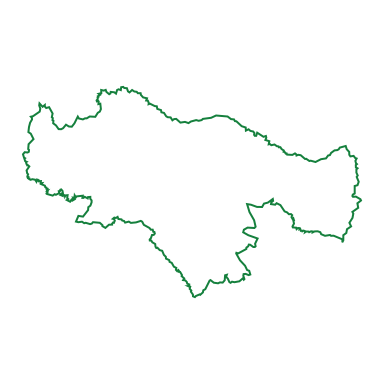 Hot, Chiang Mai, Thailand
{"feature_id": "78962969B71895248722422", "entity_name": "Hot", "entity_type": "district", "adm_level": 2, "iso_a3": "THA", "parent_name": "Thailand", "parent_adm1": "Chiang Mai", "projection": "albers", "projection_center": [98.473, 18.094], "detail": "fine", "context": "isolated", "style": "outline", "palette": "green", "viewbox_px": 384, "rotation_deg": 0, "n_neighbors": 0, "source": "geoboundaries", "source_scale": "gbopen_adm2", "svg_char_len": 5934}
<svg xmlns="http://www.w3.org/2000/svg" viewBox="0 0 384 384"><path d="M345.7,146.0L339.8,147.6L338.7,149.3L337.3,150.1L334.5,150.4L331.1,152.9L329.9,155.1L328.1,155.5L326.0,158.4L321.0,159.2L315.5,162.0L310.7,160.7L309.4,161.0L306.2,158.8L305.1,159.0L300.7,155.2L298.3,154.8L296.5,155.5L296.3,154.4L295.0,153.4L292.4,154.9L287.1,154.6L286.6,153.4L285.7,153.6L284.6,151.9L283.6,151.8L283.8,150.5L281.6,149.1L280.4,147.2L278.9,147.3L278.5,146.4L276.9,146.2L274.5,144.5L271.3,145.2L269.8,144.0L268.7,144.3L269.3,141.2L265.4,140.0L266.3,137.7L265.9,136.0L263.5,136.8L257.2,132.7L256.2,135.8L254.8,135.8L254.1,134.8L254.4,133.1L253.2,131.5L250.4,130.9L248.6,129.3L245.9,130.6L245.7,127.5L241.7,126.2L236.4,121.3L234.9,121.1L234.0,119.4L231.0,119.1L227.6,116.5L216.1,115.5L211.1,117.8L202.9,118.9L201.6,120.1L198.7,120.8L196.2,120.1L190.9,121.5L188.5,123.1L185.0,121.9L180.4,122.6L176.2,118.9L174.1,119.1L172.4,120.3L170.6,117.4L167.7,117.2L166.2,116.3L164.0,112.9L161.4,112.3L161.0,110.1L157.3,108.9L156.8,106.3L154.8,106.1L150.0,103.7L148.6,104.2L148.8,103.0L147.8,100.6L146.2,100.5L147.0,98.3L143.1,97.4L140.9,94.9L140.6,93.2L137.8,93.2L136.7,91.8L134.3,91.5L132.1,90.0L129.5,92.4L128.0,91.4L126.9,88.2L124.3,88.0L123.2,86.9L121.2,87.2L120.8,90.1L118.6,89.3L117.1,90.0L116.0,93.6L114.3,92.3L110.7,91.9L110.4,93.5L109.2,94.2L106.4,91.9L105.7,89.9L103.8,90.6L101.2,90.0L101.3,93.1L98.7,93.8L100.1,94.8L97.9,96.2L98.4,96.9L97.6,97.5L97.8,98.9L96.6,100.4L96.9,101.4L98.3,101.0L98.7,101.5L98.4,104.1L100.3,103.7L100.9,109.1L99.8,111.6L97.8,112.8L95.3,116.8L89.7,116.5L86.8,118.3L85.1,118.3L82.9,119.4L78.9,118.5L77.8,116.6L74.4,123.4L71.8,126.7L68.9,126.5L66.0,124.7L63.1,128.2L61.2,129.2L58.6,129.1L56.0,125.4L53.2,123.3L53.4,120.7L52.5,120.2L52.8,118.1L51.8,117.2L52.6,113.5L49.1,107.2L46.2,108.0L44.8,106.5L44.8,105.0L42.6,106.8L39.5,103.4L39.2,105.4L40.3,108.6L39.7,111.6L33.0,116.2L30.9,116.7L31.9,117.9L32.0,119.5L30.1,122.7L29.0,127.0L28.4,132.1L30.8,133.7L33.5,139.1L28.6,144.2L28.2,149.1L29.0,149.9L28.8,151.8L27.6,152.5L24.7,152.2L23.0,154.3L24.0,157.6L25.0,158.2L24.4,158.7L25.2,161.2L26.6,161.8L26.0,162.2L26.4,163.8L27.2,165.3L27.7,165.0L29.3,166.4L26.6,170.4L27.2,173.3L28.1,174.3L27.4,176.3L28.3,176.9L27.6,177.5L27.9,178.2L29.4,178.5L29.3,179.2L30.6,179.8L32.3,179.2L35.1,179.7L36.4,181.7L37.0,179.8L37.8,180.5L38.1,179.9L38.9,180.4L39.0,181.3L40.9,181.1L40.6,183.3L42.2,183.1L41.4,184.2L44.9,185.7L45.3,187.2L46.4,187.6L46.4,188.7L47.5,188.8L46.9,190.7L47.7,190.5L46.8,191.6L47.6,191.9L47.4,192.8L46.6,193.7L47.0,194.0L52.7,195.6L54.7,194.2L55.9,194.8L59.3,193.1L58.8,191.2L60.0,191.0L60.3,189.7L61.2,189.4L62.5,190.9L62.9,193.1L61.5,193.5L60.3,194.9L62.7,195.9L62.6,194.7L63.4,194.7L64.9,195.5L65.0,196.3L65.5,195.4L67.6,195.2L67.2,198.0L68.2,199.0L66.8,200.0L70.1,201.7L71.3,199.9L72.2,200.7L73.4,200.0L72.7,199.9L72.6,198.9L74.2,198.7L73.2,197.5L74.5,197.5L74.7,195.4L75.9,197.3L76.6,196.4L82.8,195.7L82.4,197.9L83.5,197.9L84.7,196.8L87.7,198.4L88.0,197.1L90.3,196.9L90.3,198.8L91.6,200.4L91.6,202.3L90.4,205.6L88.3,207.2L88.1,210.1L83.0,216.6L78.4,215.9L76.0,221.6L78.4,222.2L82.0,221.7L84.2,223.2L85.7,222.8L90.1,224.1L91.8,223.6L93.0,222.2L99.8,222.8L102.4,225.1L102.4,226.1L105.4,227.9L109.0,224.7L112.1,224.6L112.1,223.7L113.1,222.5L113.9,222.8L114.8,220.7L114.0,219.1L112.9,218.8L114.3,217.6L115.9,218.0L117.6,216.9L118.4,219.0L121.5,219.4L122.2,220.5L124.1,221.0L125.1,222.6L128.8,221.6L130.9,222.9L136.0,222.4L140.8,220.9L142.2,221.7L143.8,224.8L149.5,228.0L150.8,229.7L152.7,229.7L153.3,231.8L154.4,232.0L154.8,233.6L153.7,234.9L152.0,235.0L150.9,238.2L149.7,239.5L149.8,240.5L151.3,240.6L152.3,242.3L155.2,244.0L155.5,246.7L156.3,248.0L157.4,247.7L159.7,250.1L162.2,250.8L163.9,254.9L165.8,256.7L166.0,258.6L169.2,260.1L169.6,261.9L171.7,262.8L173.9,266.7L176.3,267.9L175.9,269.8L177.0,271.0L178.3,270.0L178.9,270.8L178.7,271.8L180.1,271.9L182.0,275.1L181.6,276.1L184.2,278.4L183.2,280.1L185.3,280.4L186.8,282.0L187.2,283.6L189.1,284.4L188.6,285.1L189.5,286.0L188.1,286.1L190.1,287.1L189.7,288.9L191.3,290.5L190.9,291.7L192.9,294.5L193.0,296.3L194.9,297.1L195.9,296.0L199.7,294.4L200.2,294.8L202.9,292.4L203.3,290.3L205.3,289.2L209.6,280.6L210.5,280.1L213.8,282.7L218.1,283.3L219.9,282.4L222.7,282.6L224.7,280.3L225.1,275.3L226.8,274.8L226.1,276.8L227.8,278.6L229.4,282.1L230.6,282.8L232.0,281.7L234.4,282.2L239.4,281.3L243.0,278.2L243.8,279.7L244.4,279.1L243.3,275.8L243.6,274.1L245.6,273.9L248.7,275.1L250.3,274.5L249.2,270.8L247.1,270.0L245.1,265.8L240.0,260.3L236.2,253.5L236.4,252.8L238.2,253.4L246.3,249.0L246.4,247.6L248.2,246.3L248.8,244.6L250.1,244.7L253.3,247.0L254.8,247.0L255.6,246.3L255.1,243.7L257.6,238.5L248.3,235.2L243.2,232.3L243.9,229.7L247.6,227.6L254.4,228.0L255.6,226.7L254.1,220.2L249.5,212.1L247.1,204.1L250.9,204.7L256.9,206.9L262.1,207.0L264.0,203.6L267.9,202.6L272.8,199.0L273.1,200.9L271.3,202.4L271.0,204.1L275.2,204.7L276.6,203.2L280.4,205.1L284.6,211.4L287.1,212.4L288.9,214.2L291.0,214.1L292.2,215.2L291.5,217.2L292.5,218.9L293.3,218.2L294.0,220.4L293.4,220.8L294.0,223.6L292.5,226.4L292.8,227.4L296.2,227.7L296.6,229.1L297.7,228.1L299.0,228.0L299.8,228.3L299.6,229.1L300.2,228.8L300.8,230.8L302.0,230.7L302.3,231.3L303.6,230.6L305.4,231.3L305.1,232.2L306.2,231.5L308.6,231.6L309.1,232.2L311.1,231.3L312.7,231.5L312.6,232.4L314.7,231.4L317.7,231.3L320.3,232.2L321.2,234.2L325.0,235.8L330.0,235.0L331.0,235.8L333.6,235.7L341.8,239.1L342.6,240.7L342.2,242.4L343.3,240.4L343.3,235.2L346.3,233.0L347.0,229.2L351.1,226.4L349.4,222.8L352.5,217.9L353.3,213.6L352.4,211.9L358.2,207.8L357.4,203.3L361.0,200.5L360.4,199.2L355.9,196.6L353.0,196.8L352.4,196.0L352.8,194.6L354.7,193.5L354.7,186.0L357.5,185.2L358.7,181.8L356.7,176.9L357.7,175.5L356.4,172.6L356.4,169.4L357.5,168.3L355.9,167.4L355.8,165.0L356.9,164.1L356.0,163.3L355.4,160.9L356.6,158.5L355.2,158.0L353.6,155.9L350.4,156.4L349.3,154.8L349.2,151.9L346.7,149.2L345.7,146.0Z" fill="none" stroke="#15803d" stroke-width="2"/></svg>